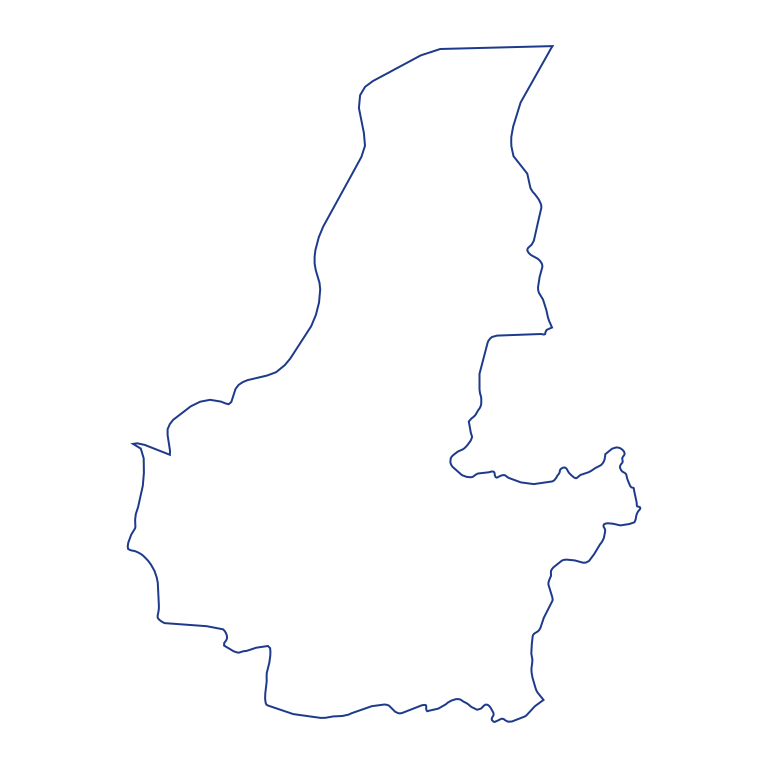 the border of Faryab
{"feature_id": "AFG-1745", "entity_name": "Faryab", "entity_type": "Province", "adm_level": 1, "iso_a3": "AFG", "parent_name": "Afghanistan", "parent_adm1": "", "projection": "natural_earth1", "projection_center": [65.119, 36.214], "detail": "fine", "context": "isolated", "style": "outline", "palette": "blue", "viewbox_px": 768, "rotation_deg": 0, "n_neighbors": 0, "source": "natural_earth", "source_scale": "10m", "svg_char_len": 5436}
<svg xmlns="http://www.w3.org/2000/svg" viewBox="0 0 768 768"><path d="M351.7,174.7L361.4,156.9L365.0,145.8L363.9,133.0L358.9,108.0L360.1,95.2L365.1,86.8L372.8,81.1L420.7,55.4L440.2,49.0L552.5,46.1L551.0,48.5L520.6,102.5L513.1,126.8L511.3,136.9L511.2,141.7L511.4,146.4L513.5,156.2L527.3,173.7L530.3,187.5L531.1,189.3L532.9,192.1L534.8,194.1L538.5,199.0L540.1,202.2L541.2,204.9L541.3,206.7L541.3,208.1L539.4,216.1L537.1,226.2L533.9,240.5L533.0,242.3L531.5,244.9L530.0,246.1L527.9,248.2L527.4,249.4L527.4,250.6L528.2,252.2L529.4,253.6L530.9,255.0L537.7,258.7L539.3,260.1L540.6,261.6L542.0,264.0L542.3,265.6L542.4,266.8L539.6,277.1L538.0,287.4L538.2,290.3L538.9,292.8L543.0,299.5L546.3,309.9L547.9,317.2L549.0,320.6L552.0,327.5L546.6,329.9L545.4,332.4L545.2,333.9L544.6,334.4L543.8,334.5L540.8,334.0L497.1,335.6L492.0,337.0L490.5,338.2L488.5,340.6L487.6,342.8L479.5,373.8L479.5,389.2L479.8,391.9L480.2,394.0L480.8,395.8L481.2,397.8L481.3,400.2L481.2,404.0L480.7,406.1L479.9,407.8L477.7,411.0L475.8,414.4L474.9,415.6L472.8,417.5L471.6,418.3L468.8,421.5L470.8,432.6L472.1,436.9L471.6,438.4L470.7,440.6L467.2,445.4L465.5,447.2L464.2,448.4L463.1,449.2L457.8,451.6L453.6,454.8L451.9,456.4L450.9,457.9L450.6,459.5L450.4,461.2L450.5,462.8L450.9,464.1L451.5,465.3L452.7,467.0L454.1,468.2L461.9,475.1L466.4,476.8L469.7,477.2L471.4,477.2L472.9,476.8L475.6,474.7L478.0,473.5L488.7,472.3L491.6,471.5L492.9,471.5L493.8,471.8L494.4,472.6L494.6,473.4L494.9,475.7L495.8,477.2L496.6,477.6L497.5,477.4L500.1,476.0L502.7,475.1L504.1,475.1L505.1,475.3L507.3,477.0L508.7,477.9L520.9,482.4L533.7,484.1L551.8,481.5L553.2,481.0L554.3,480.2L556.1,478.0L557.5,475.5L558.9,473.8L559.4,472.9L559.7,472.0L559.8,471.0L560.2,469.8L561.0,468.8L562.9,467.7L564.4,467.5L565.3,467.7L566.1,468.3L566.9,469.2L568.1,471.5L569.3,473.2L571.3,475.2L573.9,477.4L575.4,478.1L576.5,478.1L577.3,477.6L580.0,475.3L580.9,474.8L588.4,472.3L590.8,471.1L595.4,468.0L599.8,465.8L600.8,465.2L601.7,464.4L602.5,463.5L603.3,462.4L604.0,461.0L604.5,459.6L605.1,456.5L605.3,454.2L612.1,448.7L616.3,447.4L618.1,447.6L619.8,448.0L621.3,448.9L622.8,450.1L624.0,451.6L624.5,452.9L624.6,454.0L624.4,454.7L622.6,457.3L622.3,458.1L622.2,458.6L622.7,461.3L622.6,462.0L622.3,462.7L621.6,463.6L620.8,464.5L620.2,465.8L619.9,467.3L621.0,470.1L622.4,471.6L624.7,472.9L625.7,473.7L626.2,474.4L627.4,479.3L630.0,485.6L630.6,486.5L631.4,487.4L633.2,487.8L633.7,488.1L633.9,489.1L634.1,490.6L636.7,502.7L636.8,505.3L637.0,506.1L637.2,506.4L637.9,506.5L638.7,506.7L640.1,507.4L640.3,508.1L640.1,509.0L638.0,511.6L637.0,513.5L636.3,515.6L635.7,519.2L635.0,521.0L634.5,522.1L634.1,522.4L629.4,524.0L620.4,525.4L613.4,523.8L608.7,523.3L607.4,523.3L605.9,523.5L604.0,524.3L603.5,525.4L603.6,526.7L604.9,529.0L605.2,530.7L604.9,532.8L603.9,537.8L602.9,540.1L601.3,542.8L600.0,544.4L594.1,554.2L589.0,561.0L585.8,562.6L584.4,562.7L583.0,562.7L574.7,560.4L566.4,559.6L563.8,559.9L561.9,560.6L553.5,567.3L551.9,569.2L551.0,570.9L550.9,572.9L551.0,575.2L551.0,575.8L550.6,576.8L549.3,579.8L548.5,582.4L548.4,583.5L548.4,584.3L548.7,585.5L552.1,596.6L552.6,598.8L552.6,599.6L552.6,600.3L552.0,601.6L543.8,617.8L540.4,628.0L539.2,630.0L537.8,631.4L534.1,633.7L533.2,634.8L532.7,636.1L531.8,644.2L531.3,653.5L532.4,659.7L532.2,662.7L531.4,668.9L531.6,672.7L532.5,677.7L535.5,688.0L536.4,690.5L537.6,692.6L543.5,699.9L534.8,706.3L526.5,715.3L525.0,716.4L511.9,721.5L508.1,721.7L506.0,720.7L504.8,720.0L503.8,719.1L502.7,718.8L501.3,718.8L496.7,721.1L496.0,721.3L495.4,721.6L494.9,721.9L494.2,721.9L493.3,721.5L491.9,720.0L491.7,718.7L492.1,717.6L493.2,715.8L493.6,714.9L493.6,713.9L493.3,712.6L490.7,707.9L489.7,706.5L488.3,705.2L486.8,704.6L485.3,704.7L483.5,706.0L481.6,708.1L480.6,708.7L477.4,709.7L476.6,709.5L471.7,707.1L470.7,706.4L468.1,704.2L466.6,703.2L463.3,701.5L460.7,699.7L458.7,699.1L456.1,699.1L451.4,700.6L447.8,702.6L445.7,704.4L438.3,708.6L428.7,710.8L427.9,711.1L427.2,711.2L426.8,710.8L426.2,709.3L426.2,708.0L426.2,706.7L426.2,705.7L425.7,705.1L424.2,704.9L421.8,705.3L401.8,713.1L399.9,713.4L398.0,713.1L395.1,711.7L389.1,705.7L387.2,704.9L384.5,704.5L371.7,706.2L351.4,713.3L348.6,714.6L342.3,716.0L333.4,716.4L325.5,717.8L320.6,717.9L293.3,714.1L267.9,705.5L266.4,704.6L265.7,703.0L265.1,698.8L265.3,693.3L266.7,681.3L266.6,676.1L266.8,672.8L269.3,662.8L270.3,655.5L270.4,651.3L270.1,648.1L267.9,646.0L256.3,647.7L246.6,650.9L243.6,651.2L238.7,652.7L236.6,652.3L233.7,651.3L224.1,645.6L224.2,643.0L226.0,640.6L226.4,639.9L227.0,638.4L227.0,636.8L226.7,635.0L225.9,633.0L224.7,631.0L223.0,629.3L206.8,626.2L164.5,623.1L161.7,621.6L160.4,620.6L159.1,619.6L158.0,618.3L157.6,617.1L157.7,615.2L158.4,612.0L158.8,609.2L158.9,606.0L157.8,583.0L156.7,577.4L154.5,570.9L150.9,564.5L147.8,560.4L143.3,555.8L140.7,553.9L138.2,552.5L134.7,551.0L131.6,550.5L129.8,549.9L128.1,548.9L127.7,546.3L128.3,542.6L131.2,534.7L135.1,528.3L135.4,526.7L135.1,519.9L135.8,514.1L138.1,507.0L142.8,485.8L143.9,472.9L143.7,458.4L140.8,448.6L133.1,443.9L137.2,443.3L144.7,444.9L169.9,454.8L170.0,450.7L167.6,435.1L167.6,429.2L169.9,424.0L173.2,419.8L190.8,406.3L200.2,401.7L210.1,399.8L221.0,401.6L225.4,403.4L228.7,404.2L231.3,402.0L235.6,388.8L238.7,384.8L242.8,382.1L247.6,380.1L267.2,375.5L276.1,372.2L284.9,365.0L290.3,358.5L311.2,326.2L315.9,314.9L319.0,302.7L320.2,289.6L319.5,282.8L315.8,270.3L314.6,263.6L314.6,256.9L315.4,250.1L318.8,237.2L323.2,226.6L351.7,174.7Z" fill="none" stroke="#1e3a8a" stroke-width="2"/></svg>